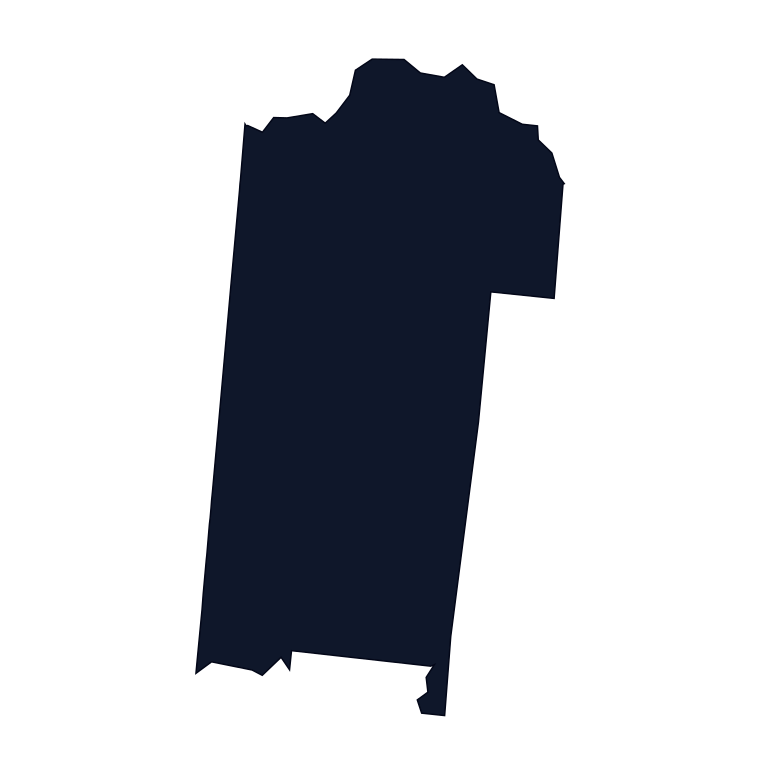 Clay, Arkansas, United States of America, rotated 275°
{"feature_id": "52423323B51482059036815", "entity_name": "Clay", "entity_type": "district", "adm_level": 2, "iso_a3": "USA", "parent_name": "United States of America", "parent_adm1": "Arkansas", "projection": "orthographic", "projection_center": [-90.411, 36.349], "detail": "fine", "context": "isolated", "style": "filled", "palette": "ink", "viewbox_px": 768, "rotation_deg": 275, "n_neighbors": 0, "source": "geoboundaries", "source_scale": "gbopen_adm2", "svg_char_len": 938}
<svg xmlns="http://www.w3.org/2000/svg" viewBox="0 0 768 768"><g transform="rotate(275 384 384)"><path d="M79.4,221.9L92.2,236.4L87.6,277.5L83.2,288.1L102.8,305.3L91.1,314.8L110.3,315.1L107.0,455.1L108.9,458.7L95.4,451.6L80.8,454.6L72.2,444.7L59.4,450.2L59.0,473.3L138.4,472.5L354.2,481.4L485.1,482.4L484.1,546.0L598.7,544.9L599.3,546.1L605.1,540.8L628.7,531.1L640.6,516.4L654.5,514.4L654.8,499.1L664.4,475.0L691.7,467.6L695.9,450.0L708.8,434.2L694.8,417.4L697.0,393.1L709.0,375.7L706.6,343.9L694.1,328.2L668.7,324.7L649.8,312.8L638.7,302.7L647.1,289.4L640.6,264.2L639.8,250.9L624.9,241.4L624.2,240.9L629.6,225.7L629.2,224.1L630.8,222.9L594.7,223.1L574.3,223.2L571.3,223.1L564.1,223.2L467.3,222.9L332.3,222.7L331.9,222.7L327.4,222.7L261.2,222.5L253.1,222.4L245.3,222.5L235.5,222.5L229.3,222.3L198.0,222.4L193.8,222.3L159.1,222.2L143.2,222.4L95.7,222.0L81.1,221.9L79.4,221.9Z" fill="#0f172a" stroke="#020617" stroke-width="1.5"/></g></svg>